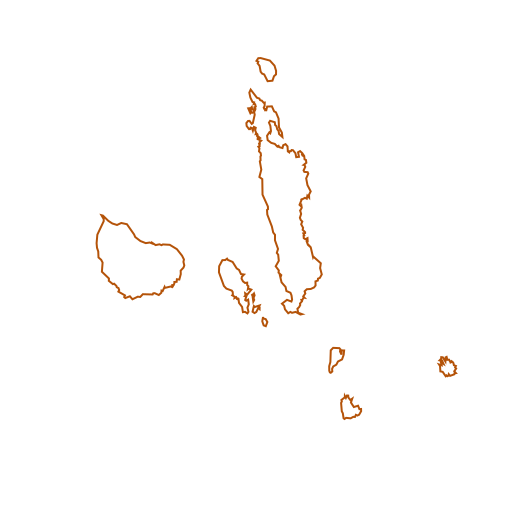 Romblon, Romblon, Philippines (Equal Earth projection), rotated 160°
{"feature_id": "2640588B50983171828902", "entity_name": "Romblon", "entity_type": "district", "adm_level": 2, "iso_a3": "PHL", "parent_name": "Philippines", "parent_adm1": "Romblon", "projection": "equal_earth", "projection_center": [122.122, 12.497], "detail": "fine", "context": "isolated", "style": "outline", "palette": "amber", "viewbox_px": 512, "rotation_deg": 160, "n_neighbors": 0, "source": "geoboundaries", "source_scale": "gbopen_adm2", "svg_char_len": 6111}
<svg xmlns="http://www.w3.org/2000/svg" viewBox="0 0 512 512"><g transform="rotate(160 256 256)"><path d="M232.6,185.6L235.8,188.3L235.1,192.3L233.0,193.2L231.2,194.8L230.9,196.3L228.3,197.7L228.3,199.2L227.4,198.9L225.6,200.7L224.7,200.2L225.4,201.9L222.5,203.9L222.4,206.2L219.6,207.4L215.8,206.3L212.2,206.6L210.1,207.9L208.8,211.8L206.3,211.8L205.5,213.5L203.5,213.6L200.5,216.2L199.9,222.7L197.6,227.0L202.3,235.8L202.8,235.3L201.6,245.5L203.2,249.3L203.3,248.6L203.4,248.8L203.4,252.6L202.6,253.5L202.2,252.9L201.5,255.2L203.9,254.9L205.0,256.4L204.4,258.7L203.6,258.8L203.8,261.1L202.0,260.8L201.7,261.6L203.2,264.7L202.1,266.4L202.7,270.4L200.7,272.6L201.6,274.4L201.7,276.9L199.2,280.1L198.9,284.5L198.7,283.7L196.5,285.7L196.1,287.8L196.7,287.3L197.6,289.2L194.0,293.2L194.1,294.5L193.8,293.4L190.1,293.9L188.7,292.5L187.1,295.1L186.1,292.7L185.2,295.5L182.5,298.0L183.4,305.0L182.3,311.8L178.7,315.5L178.8,317.1L181.8,318.5L182.0,320.2L179.2,322.9L179.3,324.9L180.0,325.3L176.8,326.4L176.2,329.1L177.3,330.2L176.5,333.6L176.9,335.0L177.3,333.9L177.9,334.4L178.1,335.7L177.3,336.6L178.7,339.5L181.0,339.1L181.7,334.5L184.4,335.1L183.8,339.1L185.1,342.8L186.3,343.4L187.3,342.6L188.6,343.0L189.3,342.0L190.3,343.4L188.9,348.2L190.0,351.0L192.5,350.8L194.2,348.4L197.0,350.4L197.2,352.8L197.3,351.6L198.5,351.4L200.0,354.9L203.0,357.1L205.4,360.9L204.5,365.2L201.1,367.7L200.6,366.5L199.2,368.3L198.0,373.4L198.2,376.9L196.5,378.2L192.6,375.3L193.2,372.5L192.4,371.1L192.7,367.8L192.0,365.9L192.6,362.7L190.5,358.8L189.5,363.1L190.4,369.0L187.8,377.4L188.1,384.2L189.5,385.7L189.9,391.2L194.4,392.6L196.5,389.4L197.5,389.8L196.8,390.9L197.9,391.4L198.0,392.8L196.7,393.9L195.3,397.2L196.4,397.4L197.4,400.0L198.8,401.0L199.0,402.8L201.0,404.4L204.1,414.2L206.4,411.8L207.1,406.8L206.6,401.9L205.2,401.0L206.2,399.5L204.9,398.9L205.1,396.5L206.6,396.3L206.2,394.4L207.1,393.3L208.1,394.5L208.9,389.2L213.5,382.0L214.8,381.6L215.9,385.2L217.3,385.6L219.6,384.2L220.3,381.4L219.2,377.6L218.2,377.3L217.1,378.5L216.1,377.7L216.1,374.8L213.8,378.0L212.4,376.6L213.8,374.4L213.7,371.7L214.6,370.6L213.4,370.3L213.8,368.9L213.2,369.0L213.4,368.1L211.8,365.5L213.2,365.2L214.1,366.1L214.5,365.3L211.7,362.6L213.7,361.8L214.0,360.2L214.7,360.3L214.9,358.1L216.4,357.9L215.9,356.1L217.4,353.3L216.4,351.0L217.0,348.6L217.8,348.0L219.0,344.3L220.0,343.7L221.5,335.3L225.8,329.1L223.8,326.1L228.9,311.4L227.9,298.4L228.7,295.9L229.9,295.5L231.2,291.1L231.0,278.3L231.8,272.2L230.9,269.4L232.8,264.3L232.9,255.1L235.4,251.8L234.7,249.7L236.2,243.7L241.0,239.6L239.5,234.6L240.5,232.7L238.8,229.4L240.0,227.9L240.3,228.4L241.0,222.5L238.8,216.8L239.4,212.7L236.2,209.7L236.1,206.9L237.0,202.7L238.3,201.1L241.9,204.2L247.9,202.3L246.6,199.6L247.0,196.0L245.3,191.2L242.8,191.7L241.6,190.3L237.9,189.9L234.3,185.8L232.6,185.6ZM360.7,252.6L357.6,253.8L356.6,255.8L355.7,255.0L352.5,258.2L352.5,257.2L346.4,256.5L345.4,255.4L344.6,255.8L344.8,257.6L344.2,256.5L344.3,257.2L343.3,256.9L342.0,258.3L341.6,259.5L339.4,258.9L338.3,261.2L336.1,260.1L332.9,264.7L331.8,268.0L328.1,269.9L326.6,271.7L326.2,275.3L324.9,277.4L325.4,281.6L328.0,289.5L333.2,296.0L339.5,298.7L341.1,298.5L342.7,300.0L346.6,300.6L349.0,303.9L349.2,303.2L351.2,305.0L355.2,305.8L359.5,309.6L363.0,315.1L363.2,318.0L366.4,330.0L371.3,333.1L376.0,332.7L379.9,335.7L382.8,339.6L386.0,346.3L387.3,347.2L386.5,342.8L387.2,340.8L397.8,330.3L401.4,322.6L402.6,318.1L402.7,314.2L404.5,308.5L402.8,305.4L402.4,302.3L406.2,293.9L401.9,285.2L402.8,283.0L400.1,278.5L398.8,278.5L397.4,275.6L397.5,274.3L396.2,272.9L396.2,270.8L397.5,269.6L392.6,263.8L393.9,262.5L393.2,261.2L388.3,261.3L386.9,257.6L381.0,258.2L378.8,257.1L375.4,258.8L366.3,255.2L365.3,256.1L363.9,255.7L360.7,252.6ZM283.7,205.0L282.2,206.1L281.7,210.4L279.3,213.1L278.3,217.7L280.5,217.3L281.2,218.4L279.0,221.2L280.2,222.1L279.4,222.5L278.9,224.7L277.5,222.7L271.9,226.0L274.1,227.9L275.0,227.6L273.5,230.2L274.2,231.6L273.4,234.0L275.5,234.4L276.9,236.6L277.3,239.7L276.3,241.4L273.6,242.7L276.3,244.2L276.7,248.7L278.4,250.9L280.0,258.4L283.8,262.0L284.1,263.4L286.3,262.7L289.0,263.6L294.1,259.0L296.4,253.3L296.4,238.8L295.0,235.5L290.6,231.8L290.2,230.2L290.9,227.7L291.8,227.2L289.9,225.0L290.6,223.8L288.7,224.1L288.6,222.1L287.9,221.5L287.3,222.1L287.1,221.9L288.0,217.7L286.5,212.9L287.5,207.7L285.4,207.3L283.7,205.0ZM218.1,70.9L216.4,72.6L215.3,71.4L213.4,71.6L210.3,74.2L209.6,76.3L211.2,76.7L211.3,80.4L215.7,80.6L216.9,85.8L214.4,89.0L216.6,88.4L217.6,91.5L217.1,93.3L218.3,93.8L220.1,91.9L220.4,94.0L220.9,92.8L225.0,91.5L225.1,90.0L226.3,88.8L228.5,80.7L228.2,78.5L229.2,73.6L228.6,72.6L226.7,73.1L222.6,71.1L219.5,71.6L218.1,70.9ZM185.3,416.3L180.6,415.1L177.6,418.8L175.1,419.8L173.8,423.1L173.5,428.5L176.1,434.9L183.9,440.4L186.2,441.1L188.8,439.2L187.4,437.8L188.6,436.5L187.6,433.4L188.6,427.6L187.9,425.3L186.2,423.8L185.3,416.3ZM225.7,120.7L223.8,121.4L223.1,123.9L221.2,125.8L217.7,126.4L215.1,128.8L210.5,129.4L207.4,133.2L205.5,137.1L207.8,138.0L209.4,134.1L209.7,137.6L208.6,139.4L209.2,140.9L214.9,143.3L218.0,141.8L222.4,130.9L224.9,127.4L226.4,123.1L226.4,121.4L225.7,120.7ZM114.6,77.0L110.1,77.0L109.6,77.9L108.2,77.6L109.1,79.9L106.4,81.8L107.0,83.2L105.8,84.3L107.4,85.7L107.1,87.9L107.6,89.5L109.3,89.4L108.9,90.3L109.7,90.2L110.1,92.6L111.7,93.0L111.4,96.0L112.5,95.9L114.1,92.1L115.1,96.9L116.5,97.6L117.2,96.1L119.0,95.2L116.9,94.2L116.7,90.4L118.6,92.8L118.9,89.8L121.1,91.5L120.7,89.7L122.2,84.5L120.2,83.3L118.9,78.2L117.9,78.7L117.4,77.6L116.1,77.7L115.3,79.0L114.6,77.0ZM276.9,202.9L274.9,203.3L271.6,206.4L270.8,204.9L270.2,206.4L270.7,207.1L269.5,208.3L274.5,208.5L275.1,209.7L278.3,204.8L276.9,202.9ZM270.8,186.7L267.9,190.1L268.5,193.4L270.4,194.7L270.3,196.2L272.4,192.6L272.5,190.5L272.5,188.2L270.8,186.7ZM272.9,219.8L274.1,214.1L272.7,215.4L272.7,217.4L270.8,219.5L270.7,221.5L272.4,220.4L273.1,221.6L272.9,219.8ZM212.5,392.1L211.1,393.0L211.3,394.7L210.7,396.0L209.4,395.1L209.0,397.5L210.4,396.8L212.8,397.4L212.5,392.1ZM211.3,392.2L210.5,391.9L210.0,393.0L210.6,392.3L211.3,392.2Z" fill="none" stroke="#b45309" stroke-width="2"/></g></svg>